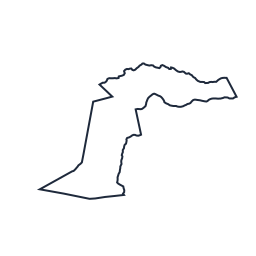 Marco, Ceará, Brazil, rotated 137°
{"feature_id": "56859067B41689548949789", "entity_name": "Marco", "entity_type": "district", "adm_level": 2, "iso_a3": "BRA", "parent_name": "Brazil", "parent_adm1": "Ceará", "projection": "mercator", "projection_center": [-40.328, -3.184], "detail": "fine", "context": "isolated", "style": "outline", "palette": "slate", "viewbox_px": 256, "rotation_deg": 137, "n_neighbors": 0, "source": "geoboundaries", "source_scale": "gbopen_adm2", "svg_char_len": 2690}
<svg xmlns="http://www.w3.org/2000/svg" viewBox="0 0 256 256"><g transform="rotate(137 128 128)"><path d="M200.0,98.8L191.8,93.2L184.4,87.6L176.6,81.8L176.4,83.4L174.6,83.7L173.1,85.1L172.3,86.9L171.3,88.5L172.0,90.5L172.7,92.6L173.1,94.3L173.1,95.6L171.6,96.6L170.5,97.6L169.2,99.1L167.9,99.8L166.0,100.9L164.2,101.4L162.3,103.0L160.9,104.0L160.1,104.9L158.9,105.5L157.3,106.1L156.0,107.9L154.8,109.0L152.9,109.9L151.4,111.1L151.1,112.4L149.7,113.2L148.2,113.9L146.9,115.4L144.7,116.0L143.3,117.2L141.8,118.0L140.1,117.9L138.7,118.9L137.6,119.7L136.9,120.8L135.4,121.3L133.6,120.4L131.7,119.9L130.3,119.8L128.7,119.3L127.5,118.1L127.0,116.8L125.8,115.4L124.4,114.7L123.0,114.2L109.7,136.4L108.0,135.4L106.8,134.1L105.8,133.0L104.7,132.4L103.3,132.2L101.7,132.1L100.2,132.1L98.4,133.2L97.2,134.2L95.9,134.8L94.5,135.5L93.0,136.1L90.9,136.2L88.9,136.0L87.0,135.9L85.5,135.3L84.9,134.2L84.2,132.3L83.7,130.9L83.0,129.7L82.6,128.2L82.6,126.6L82.8,124.6L83.2,123.1L83.8,122.0L83.3,120.0L82.3,117.9L82.0,116.2L81.0,114.7L79.7,113.0L78.8,112.2L77.8,111.3L77.3,110.1L76.4,108.9L74.8,107.4L72.8,106.3L71.2,105.9L69.8,105.3L68.1,105.0L66.9,104.2L65.4,103.7L63.1,104.0L61.4,104.0L60.2,103.5L59.2,102.6L58.4,101.5L57.4,100.3L56.4,99.1L55.3,97.4L53.7,95.2L52.6,93.9L51.5,93.5L49.8,93.5L48.3,93.1L46.8,92.4L45.4,91.4L43.9,90.0L42.4,88.3L40.4,86.5L38.1,85.2L36.5,84.6L35.4,83.5L34.3,82.3L33.7,80.5L32.4,79.2L31.1,78.0L29.1,77.7L27.3,76.8L21.7,97.4L23.4,99.1L24.8,100.2L26.1,100.9L27.7,101.3L29.4,101.6L31.9,101.6L33.3,102.9L34.8,103.9L35.6,104.9L37.1,106.0L38.6,106.3L39.8,107.3L40.9,108.2L41.0,109.7L42.3,111.1L43.7,112.4L44.8,114.9L45.0,117.1L44.8,118.7L45.3,120.1L45.5,121.3L45.3,123.0L46.0,124.9L46.2,126.6L47.6,127.3L48.5,128.2L48.7,129.5L48.8,130.9L49.6,132.2L51.1,133.0L52.1,133.9L53.0,135.4L53.5,137.7L53.7,140.0L54.4,141.7L55.2,142.9L56.4,142.0L57.6,143.0L57.6,144.6L58.7,146.7L59.2,148.9L60.0,150.6L61.5,151.1L62.8,150.4L64.2,150.4L65.1,151.7L66.2,153.2L67.0,155.0L67.0,156.6L68.2,158.1L69.8,159.1L70.8,160.6L72.0,162.5L72.4,164.4L73.5,165.3L74.9,165.2L77.0,165.7L78.7,165.5L80.9,165.8L82.9,165.7L84.5,166.3L85.2,167.5L85.0,169.2L86.1,170.1L87.5,170.7L88.5,171.9L90.2,172.5L92.1,172.3L93.0,170.3L94.9,169.7L96.8,170.4L98.5,171.4L99.6,172.0L100.8,171.0L102.5,172.1L103.6,173.5L104.9,174.5L106.5,175.9L107.7,177.2L109.5,177.9L111.5,177.0L113.3,176.9L114.5,177.3L115.5,178.3L117.3,178.8L119.2,179.2L118.1,161.7L123.6,164.6L135.5,171.0L149.8,160.4L156.3,155.6L175.2,141.6L178.3,139.3L185.2,134.3L187.2,134.2L189.7,134.5L191.3,134.1L192.6,134.0L193.9,133.8L195.5,133.7L197.1,133.7L198.4,134.4L234.3,143.3L219.7,123.8L204.4,102.4L200.0,98.8Z" fill="none" stroke="#1e293b" stroke-width="2"/></g></svg>